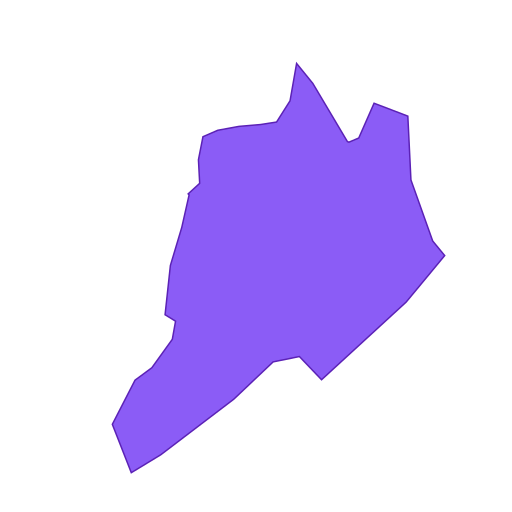 Caerphilly, Natural Earth projection, rotated 254°
{"feature_id": "GBR-2113", "entity_name": "Caerphilly", "entity_type": "Unitary Authority (wales)", "adm_level": 1, "iso_a3": "GBR", "parent_name": "United Kingdom", "parent_adm1": "", "projection": "natural_earth1", "projection_center": [-3.164, 51.668], "detail": "fine", "context": "isolated", "style": "filled", "palette": "violet", "viewbox_px": 512, "rotation_deg": 254, "n_neighbors": 0, "source": "natural_earth", "source_scale": "10m", "svg_char_len": 599}
<svg xmlns="http://www.w3.org/2000/svg" viewBox="0 0 512 512"><g transform="rotate(254 256 256)"><path d="M429.9,348.1L406.2,358.2L340.8,375.4L339.8,376.7L341.1,387.3L370.3,411.6L348.6,440.5L286.4,425.9L221.7,430.0L204.4,437.5L170.3,387.6L119.0,284.9L147.4,270.0L149.5,243.3L124.5,195.2L91.2,109.7L82.1,76.4L133.8,71.5L170.0,105.5L177.3,125.1L199.0,152.6L215.5,160.7L224.6,152.4L270.5,171.1L303.9,192.5L333.1,208.5L334.4,207.9L341.4,221.9L364.4,227.2L385.3,237.9L387.4,253.9L385.3,275.3L381.1,296.7L379.1,312.7L395.8,331.5L429.9,348.1Z" fill="#8b5cf6" stroke="#5b21b6" stroke-width="1.5"/></g></svg>